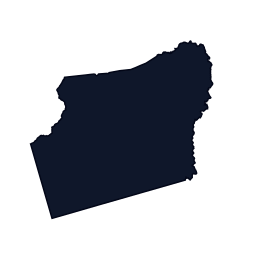 Caroebe, Roraima, Brazil (Albers equal-area conic projection), rotated 74°
{"feature_id": "56859067B41446957108581", "entity_name": "Caroebe", "entity_type": "district", "adm_level": 2, "iso_a3": "BRA", "parent_name": "Brazil", "parent_adm1": "Roraima", "projection": "albers", "projection_center": [-59.482, 0.945], "detail": "fine", "context": "isolated", "style": "filled", "palette": "ink", "viewbox_px": 256, "rotation_deg": 74, "n_neighbors": 0, "source": "geoboundaries", "source_scale": "gbopen_adm2", "svg_char_len": 5379}
<svg xmlns="http://www.w3.org/2000/svg" viewBox="0 0 256 256"><g transform="rotate(74 128 128)"><path d="M193.9,225.9L193.8,178.7L193.8,134.7L193.8,133.8L193.8,87.3L193.3,87.2L192.5,86.4L191.9,86.2L191.4,85.8L192.4,85.4L192.5,84.8L192.4,84.2L192.7,83.8L193.2,83.8L193.8,83.4L194.2,83.0L194.7,82.8L195.0,82.6L194.8,82.2L194.2,81.6L193.3,79.9L192.8,79.8L190.5,79.1L189.9,78.4L189.7,77.9L190.1,77.7L190.3,76.7L190.8,76.2L190.7,75.6L190.9,75.1L190.6,74.6L189.6,74.4L188.9,74.5L188.4,74.4L187.6,74.6L187.1,74.6L186.8,74.9L186.1,75.1L185.5,75.0L185.1,75.2L184.2,75.1L183.7,75.1L183.1,75.6L182.6,75.8L182.2,76.6L181.8,76.7L181.4,76.3L181.3,75.8L180.9,75.1L180.4,74.3L180.3,73.4L179.8,73.1L179.1,73.3L178.5,73.5L177.9,73.5L176.9,73.5L175.6,72.5L174.8,72.6L174.3,72.9L173.2,73.5L172.6,73.6L171.8,73.7L171.2,73.5L171.0,73.1L170.9,72.5L170.6,72.0L170.0,71.8L169.2,71.9L169.1,72.5L168.7,72.7L168.0,72.6L166.3,71.4L166.0,70.8L165.8,70.4L165.0,70.5L164.5,70.1L164.0,70.0L163.7,70.3L163.1,70.4L162.3,70.8L161.8,70.8L161.2,70.4L160.5,69.7L159.9,69.4L158.8,69.9L157.9,70.2L156.8,69.9L156.5,69.6L155.5,68.5L154.5,68.8L154.1,68.7L153.4,68.3L153.1,67.8L152.5,67.2L151.8,66.2L150.5,65.7L149.3,66.0L149.2,66.6L148.2,66.2L146.3,65.8L145.7,65.1L145.0,64.5L144.0,64.7L143.4,64.6L142.4,64.3L141.7,63.1L140.0,62.3L139.7,61.6L138.9,61.4L138.3,61.2L138.6,60.7L139.3,59.9L138.7,58.8L138.2,58.3L137.9,57.2L137.5,57.0L137.3,56.2L138.0,55.6L137.5,55.1L136.8,54.3L136.0,53.9L135.4,53.2L134.6,53.0L134.2,53.1L133.8,53.8L132.9,53.9L132.1,53.8L131.8,53.4L131.9,52.8L131.7,51.9L132.4,51.1L132.6,50.8L132.5,50.3L131.4,48.2L131.1,47.3L131.4,46.9L131.4,46.2L130.9,46.2L130.0,45.6L128.9,45.7L128.1,45.7L127.1,45.8L127.3,46.6L126.9,47.5L126.7,47.0L126.2,46.8L125.4,47.2L124.3,47.1L123.8,46.9L124.1,46.5L124.3,46.0L124.3,45.1L123.6,44.9L123.6,44.0L122.1,42.9L121.9,42.3L122.0,40.4L121.5,40.0L120.8,40.3L119.5,40.8L115.0,41.5L114.5,41.6L114.3,41.2L113.4,40.7L113.3,39.9L112.2,39.9L111.8,39.5L112.0,38.7L111.9,37.8L110.8,36.7L110.1,35.6L109.5,34.9L108.9,34.4L108.3,34.5L107.9,34.4L107.2,34.7L106.4,35.0L105.8,35.1L105.1,35.1L104.2,35.3L103.6,35.1L103.1,34.8L102.3,34.8L102.1,34.4L101.7,34.2L100.5,34.3L99.9,33.8L98.9,33.8L98.3,33.8L97.9,33.5L96.7,33.2L94.8,32.6L94.3,32.2L93.9,32.5L93.2,32.5L92.8,32.0L91.8,31.4L91.4,31.1L90.9,30.7L90.8,30.3L90.4,30.0L89.7,30.1L89.0,30.4L88.6,30.3L88.2,30.5L87.8,30.8L87.4,31.1L86.7,31.6L86.2,31.8L86.2,32.6L85.6,32.7L85.0,32.5L84.4,32.7L83.8,32.3L83.5,31.8L83.9,31.2L84.0,30.7L83.5,30.4L82.9,30.2L82.4,30.3L81.9,30.6L81.3,31.4L80.8,31.3L80.3,31.4L79.5,31.8L78.9,31.9L78.5,32.4L77.9,32.5L77.6,32.8L77.1,33.1L75.6,32.3L75.1,32.5L74.4,32.5L73.8,32.5L73.4,32.7L72.7,32.6L72.0,32.6L71.6,32.5L71.1,32.6L70.3,32.8L69.8,33.0L69.1,32.9L68.4,33.8L68.1,34.4L67.5,34.8L67.5,35.8L67.9,36.1L68.5,36.5L68.8,36.9L68.6,37.3L68.5,37.9L68.6,38.9L67.9,39.2L67.3,39.1L66.7,39.6L66.3,39.7L65.7,39.5L65.2,39.8L65.2,40.3L64.9,40.9L64.8,42.0L64.4,42.5L64.3,43.1L63.6,43.8L63.2,44.0L62.7,43.7L62.3,43.6L61.9,43.7L61.6,44.1L61.8,44.5L62.3,45.1L62.7,45.6L63.0,46.0L63.3,46.7L62.9,47.6L62.5,48.1L61.7,49.2L61.3,49.6L61.0,51.0L61.1,51.6L61.6,52.1L61.4,52.6L61.1,53.6L61.2,54.0L61.4,54.4L61.4,55.0L61.7,55.4L62.1,56.0L62.7,56.3L63.2,56.6L63.8,57.2L64.9,57.9L64.9,58.8L65.1,59.7L64.7,60.8L65.6,60.6L66.0,61.2L66.6,61.7L66.8,62.3L66.7,63.5L67.0,63.8L67.3,64.2L67.6,64.8L67.1,64.7L67.0,65.4L67.4,65.3L67.4,65.8L67.8,66.2L67.2,66.4L67.7,66.8L67.9,67.3L67.5,67.7L66.7,67.9L66.8,68.9L66.4,69.0L66.3,69.8L66.1,70.2L65.7,70.6L65.4,71.0L65.2,71.4L65.6,71.8L65.8,72.2L65.1,72.3L64.9,72.8L65.2,73.5L65.9,74.1L66.5,74.3L66.7,75.0L66.6,75.5L66.8,76.1L66.4,76.5L66.4,77.1L66.1,77.6L65.8,78.0L65.8,79.1L66.1,79.8L66.5,79.6L67.0,80.4L70.7,92.8L71.4,99.1L72.1,104.3L72.3,106.4L72.6,109.2L71.3,116.6L70.7,119.9L69.6,131.0L70.3,131.7L69.6,133.7L68.0,141.4L68.2,141.8L68.7,142.2L69.0,142.8L69.2,143.2L69.0,143.9L68.2,144.6L67.7,144.7L67.3,144.9L66.8,145.9L66.1,149.7L65.6,153.0L62.1,173.2L61.8,175.0L62.4,175.4L62.9,175.4L63.3,176.0L63.6,176.5L64.1,176.5L64.2,177.3L64.8,177.7L65.7,178.6L66.1,178.8L66.4,179.2L66.8,179.7L67.6,180.5L68.0,181.0L68.4,181.3L68.5,181.7L68.9,182.2L69.9,183.0L70.2,183.6L70.5,184.3L71.4,185.6L72.0,185.9L74.7,185.3L76.0,185.5L77.4,185.1L78.1,185.1L78.7,185.5L80.1,186.1L81.3,184.9L82.6,184.4L83.0,183.9L83.2,183.4L84.9,182.1L85.4,181.8L86.7,181.9L87.8,182.1L89.0,181.8L90.5,181.9L91.4,182.2L92.0,182.8L92.6,182.9L93.4,182.8L93.7,184.2L94.2,185.5L94.8,186.0L95.2,186.1L95.7,186.5L96.2,187.1L97.5,188.3L98.4,188.7L99.2,188.5L99.8,188.6L100.3,188.8L100.5,189.4L101.0,190.1L101.2,190.6L101.8,190.8L102.0,191.5L102.0,192.0L102.8,192.8L103.7,193.4L103.8,194.0L104.0,194.6L104.2,195.3L104.1,195.9L104.3,196.6L104.5,197.3L104.9,197.7L105.6,197.9L105.8,198.3L105.8,198.9L106.1,199.2L106.0,199.7L106.2,200.1L106.3,201.0L107.2,201.0L107.7,201.0L108.1,201.4L108.9,201.6L109.5,201.8L110.0,201.7L110.4,201.9L110.8,202.2L111.5,202.1L112.0,202.2L112.4,203.7L112.9,204.6L112.9,205.0L113.2,205.6L113.7,206.3L113.4,207.0L113.5,207.5L113.4,208.5L112.9,208.7L113.0,210.0L112.7,210.5L111.8,211.3L111.9,212.0L111.7,212.8L111.2,213.5L111.3,214.2L111.5,214.8L112.0,215.3L112.1,215.9L112.5,217.1L113.0,218.1L114.3,219.1L114.5,219.6L114.7,220.7L115.3,221.5L116.0,222.3L116.0,223.1L116.2,223.5L116.2,224.4L116.3,225.0L116.6,225.4L116.5,226.0L141.0,226.0L151.2,226.0L193.9,225.9Z" fill="#0f172a" stroke="#020617" stroke-width="1.5"/></g></svg>